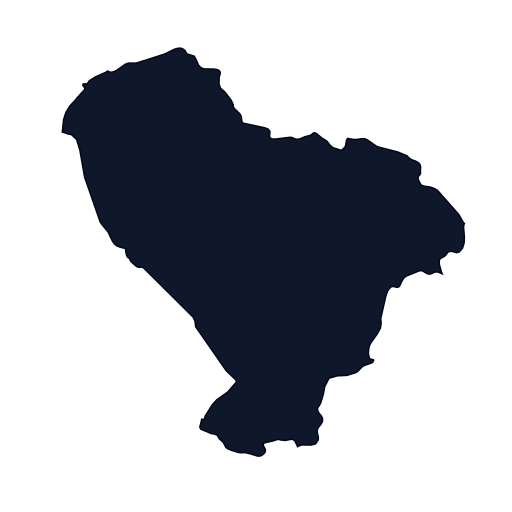 an SVG outline of Nord, rotated 186°
{"feature_id": "CMR-1483", "entity_name": "Nord", "entity_type": "Province", "adm_level": 1, "iso_a3": "CMR", "parent_name": "Cameroon", "parent_adm1": "", "projection": "orthographic", "projection_center": [13.766, 8.625], "detail": "fine", "context": "isolated", "style": "filled", "palette": "ink", "viewbox_px": 512, "rotation_deg": 186, "n_neighbors": 0, "source": "natural_earth", "source_scale": "10m", "svg_char_len": 3937}
<svg xmlns="http://www.w3.org/2000/svg" viewBox="0 0 512 512"><g transform="rotate(186 256 256)"><path d="M293.1,87.9L291.3,88.0L290.3,88.4L290.1,89.3L290.0,90.5L289.7,91.8L283.8,103.7L280.0,108.9L270.0,117.7L262.5,128.4L262.7,130.3L273.6,138.8L308.6,179.3L309.8,184.6L312.0,188.5L339.3,210.5L366.7,232.5L368.6,233.1L369.8,232.7L370.8,232.5L371.9,232.6L373.1,232.8L374.8,233.8L379.6,237.3L380.7,238.5L381.3,240.1L382.2,240.6L383.1,241.0L383.9,241.7L384.6,242.9L385.8,246.0L386.1,247.5L386.1,248.7L386.5,249.5L388.2,250.0L392.7,250.7L395.9,251.7L398.4,253.5L400.5,256.0L405.7,264.5L412.8,271.5L414.7,273.9L418.0,281.0L434.7,316.5L442.3,343.1L446.6,353.2L452.4,357.5L455.0,357.6L458.9,358.5L461.6,359.0L461.6,371.7L460.0,379.1L456.7,385.9L451.7,392.5L450.7,394.3L444.1,403.3L443.7,405.3L446.1,407.5L445.8,409.1L445.3,409.2L443.0,409.4L442.2,409.5L441.5,410.2L440.4,412.3L440.0,413.0L434.2,417.5L424.7,422.9L422.9,424.5L422.6,424.3L421.6,423.9L420.2,423.6L418.5,423.8L416.5,424.5L413.8,426.2L406.2,432.9L404.5,433.9L402.6,434.6L399.8,434.9L397.8,435.0L395.8,435.3L393.9,435.9L368.2,447.2L359.1,452.9L357.6,453.6L356.1,454.2L354.6,454.6L353.3,454.8L351.8,454.7L350.4,454.3L348.7,453.3L347.8,452.6L345.9,449.8L338.3,448.3L335.3,443.8L334.5,442.2L333.4,440.2L332.0,438.7L330.0,437.4L328.3,436.9L326.7,436.7L317.8,437.5L314.7,437.4L313.2,437.1L311.9,436.4L310.9,435.2L310.6,433.4L311.0,431.7L311.3,430.1L310.8,423.3L308.9,419.3L307.1,417.8L305.6,417.0L303.5,415.3L296.9,408.2L294.5,404.2L294.2,402.1L293.5,401.1L292.2,399.8L287.1,395.9L286.4,395.1L285.7,394.0L285.1,392.7L284.1,388.2L283.3,387.3L282.1,386.7L260.6,384.4L257.4,383.6L256.1,382.4L255.1,381.3L255.0,375.9L253.5,374.4L252.0,374.1L249.2,374.3L235.1,377.5L233.7,377.7L232.3,377.5L229.2,376.5L227.5,376.4L225.3,376.8L223.6,377.6L220.6,379.3L219.2,380.0L214.8,381.6L213.6,382.4L212.0,384.1L210.8,384.7L209.1,384.4L202.6,380.1L199.9,378.9L197.8,377.8L195.7,375.9L194.5,374.4L191.1,371.9L182.5,370.0L181.2,370.8L180.3,372.1L179.0,373.5L178.6,374.5L178.4,376.1L178.0,381.0L177.2,382.5L170.7,382.1L167.2,382.6L164.4,383.4L161.6,384.0L159.9,383.9L158.0,383.4L147.5,377.7L145.7,377.2L125.9,374.3L116.0,371.3L114.0,369.4L110.9,367.9L109.7,367.7L108.0,367.3L105.1,366.2L103.6,365.3L102.4,364.0L101.6,362.0L101.4,358.2L101.0,355.4L101.4,354.1L102.2,353.1L102.9,351.8L103.0,350.6L102.7,349.2L100.1,345.0L99.0,343.8L97.1,343.2L95.4,343.0L90.8,342.9L87.7,342.3L85.0,341.5L82.1,340.0L58.7,318.5L53.5,311.3L52.1,310.0L52.5,308.9L52.6,306.4L50.7,296.4L50.4,290.7L51.4,285.4L54.2,281.4L56.9,280.2L61.6,281.1L64.2,280.7L65.6,279.7L66.6,278.2L67.4,276.7L68.4,275.5L72.1,272.9L73.1,271.8L73.1,268.3L72.7,266.6L69.9,259.5L68.9,257.7L72.2,258.8L74.0,259.1L75.7,258.9L77.6,258.1L79.1,257.1L80.6,256.3L82.8,256.1L84.4,256.5L88.4,258.4L90.2,258.7L92.1,258.3L104.7,251.6L106.9,249.2L108.7,245.2L109.8,241.7L110.7,240.3L112.1,239.6L113.8,239.7L115.4,240.0L116.9,240.0L118.6,239.3L121.2,235.6L122.6,230.3L125.4,206.9L124.5,202.4L124.7,197.3L127.2,191.4L132.9,181.2L133.6,179.1L134.1,176.8L134.2,171.9L133.3,168.1L132.1,165.6L128.6,165.1L128.0,164.7L128.9,162.4L129.7,161.8L136.9,158.4L137.9,157.7L139.3,156.3L142.8,151.8L144.5,150.5L153.0,146.8L162.6,145.3L170.6,142.1L174.0,133.3L174.6,125.3L176.2,116.9L177.4,113.9L178.6,111.9L178.9,109.9L177.6,107.1L174.0,103.4L172.8,101.4L172.6,98.6L173.5,96.0L176.4,91.5L176.9,88.5L176.4,86.2L175.0,82.1L174.9,79.6L177.1,75.4L181.2,73.8L190.8,72.8L193.1,71.8L194.8,70.7L195.2,71.6L197.7,75.7L198.8,76.7L200.3,77.4L201.8,77.4L207.7,75.6L212.2,75.6L214.6,76.0L216.4,75.4L219.3,74.0L227.1,71.4L228.7,70.5L229.2,69.3L228.7,67.9L226.8,65.2L226.3,63.9L226.3,62.5L226.9,61.0L228.0,59.6L230.0,57.9L231.8,57.3L233.6,57.2L241.4,58.7L246.1,59.3L251.2,58.7L253.7,58.9L260.3,60.2L264.3,61.5L266.0,62.6L269.0,67.1L269.5,67.6L273.4,70.4L275.9,73.8L279.6,74.7L281.5,74.6L292.8,78.0L294.0,79.9L292.9,87.5L293.1,87.8L293.1,87.9Z" fill="#0f172a" stroke="#020617" stroke-width="1.5"/></g></svg>